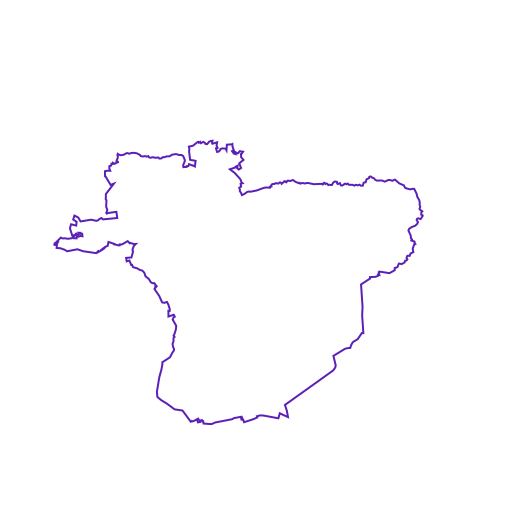 the district of Tuchin, Córdoba, Colombia, rotated 241°
{"feature_id": "7082276B64022238164064", "entity_name": "Tuchin", "entity_type": "district", "adm_level": 2, "iso_a3": "COL", "parent_name": "Colombia", "parent_adm1": "Córdoba", "projection": "albers", "projection_center": [-75.529, 9.219], "detail": "fine", "context": "isolated", "style": "outline", "palette": "violet", "viewbox_px": 512, "rotation_deg": 241, "n_neighbors": 0, "source": "geoboundaries", "source_scale": "gbopen_adm2", "svg_char_len": 6146}
<svg xmlns="http://www.w3.org/2000/svg" viewBox="0 0 512 512"><g transform="rotate(241 256 256)"><path d="M198.7,401.2L204.4,401.7L205.5,403.0L205.8,406.0L205.3,410.1L206.0,412.6L207.1,414.1L209.4,413.9L210.3,414.6L210.4,416.0L208.5,417.9L210.3,421.3L210.9,421.4L211.8,420.6L212.5,420.8L214.1,421.8L214.5,423.1L217.2,421.8L218.0,421.9L219.4,423.5L221.6,424.0L223.5,425.2L225.5,425.8L229.6,425.8L232.9,426.7L238.0,426.9L238.7,425.8L239.6,423.0L242.8,419.8L243.8,419.4L246.0,419.6L250.1,416.5L255.4,414.6L255.7,413.8L255.6,411.8L257.6,409.9L258.3,408.7L258.6,404.7L260.9,402.9L263.4,398.2L264.9,397.2L266.9,396.8L268.3,395.5L269.4,395.3L270.2,394.4L270.3,393.5L269.3,392.6L269.5,389.9L267.3,387.6L267.9,386.3L267.7,385.4L265.8,383.6L266.6,381.8L268.2,381.1L268.5,379.2L269.9,377.8L269.9,376.1L271.6,374.8L273.1,371.9L274.8,371.4L274.9,369.8L275.9,369.3L276.2,368.4L275.8,367.1L276.0,365.2L276.7,364.5L279.1,364.7L279.2,362.5L280.0,362.1L281.7,362.7L282.9,361.1L282.8,359.1L281.3,356.9L281.7,356.0L282.8,354.7L283.0,353.6L284.7,353.3L285.5,352.5L285.3,351.7L287.0,351.1L286.8,349.6L286.2,349.4L286.3,348.9L287.4,348.2L290.8,341.3L294.5,337.1L295.4,335.4L295.5,334.3L297.5,331.7L297.8,329.9L298.8,329.6L298.8,328.9L301.7,326.5L304.5,325.2L305.1,322.1L306.5,320.4L306.1,319.3L306.8,318.3L306.0,318.5L305.8,318.2L307.5,316.8L306.7,313.4L307.9,313.4L308.6,312.9L308.9,312.2L308.5,310.7L310.2,308.4L310.1,307.0L311.0,305.1L310.4,303.5L309.3,303.2L309.8,301.8L309.0,301.3L311.0,298.1L311.8,295.9L313.0,288.3L314.9,282.3L315.7,281.4L316.3,279.5L315.9,275.8L316.1,273.2L318.4,273.5L320.6,273.3L321.6,274.0L323.8,274.4L323.9,276.6L326.6,277.6L326.2,279.5L327.6,279.0L329.7,279.5L331.6,279.4L339.1,277.6L344.5,275.2L343.4,281.0L344.0,281.4L343.9,283.7L341.7,282.1L340.0,282.8L340.2,285.6L345.2,286.3L346.1,291.6L349.6,290.9L352.5,292.3L352.5,293.3L353.5,295.2L355.6,292.5L354.5,290.2L354.8,289.5L358.0,287.7L357.6,286.9L356.3,287.7L356.1,287.4L355.2,287.4L356.4,286.2L359.4,285.9L359.5,287.9L363.0,288.5L365.4,289.6L365.4,289.0L367.5,284.5L362.7,281.4L364.7,281.4L366.5,278.6L366.8,276.8L366.1,276.2L365.4,274.2L365.9,272.4L369.6,273.2L369.2,274.8L371.8,275.1L374.3,277.1L375.3,272.3L376.2,272.3L377.9,273.8L378.6,271.9L378.7,270.4L377.5,267.5L378.6,266.1L379.4,266.3L381.4,265.2L381.4,262.5L382.9,262.5L382.7,261.0L383.7,261.0L384.0,260.2L383.0,254.3L384.2,250.3L382.3,249.8L379.7,248.1L372.1,245.0L368.5,249.3L363.9,245.9L366.0,244.6L366.0,244.2L368.8,242.0L367.5,240.4L368.2,238.8L367.6,238.5L367.8,238.0L368.9,235.6L370.7,236.3L373.2,239.4L374.5,240.3L378.7,240.8L380.5,239.8L381.5,237.9L383.9,235.5L385.3,231.7L385.1,228.7L386.5,226.0L386.9,223.5L387.6,222.6L387.3,220.7L387.7,219.2L388.3,218.6L389.5,218.4L390.7,215.5L392.3,213.9L393.2,211.2L394.0,210.3L395.6,210.2L395.9,208.6L397.2,207.3L398.0,205.0L399.4,203.6L400.6,203.5L403.3,201.8L405.0,199.9L406.5,197.1L406.9,194.7L408.2,193.6L408.7,192.5L408.7,189.6L409.5,186.9L410.6,185.6L412.4,184.6L411.4,183.7L410.0,183.4L408.6,182.4L406.9,180.2L406.0,179.7L404.9,181.6L405.1,179.4L405.4,179.2L405.1,177.1L406.9,176.0L406.0,175.3L406.8,174.4L405.3,173.2L405.7,171.3L403.7,170.2L401.2,169.8L402.5,167.7L403.4,165.0L398.9,162.6L398.5,163.0L388.7,163.3L388.2,166.8L383.0,154.8L378.5,152.1L377.2,152.2L371.7,148.8L368.4,148.3L366.2,145.9L365.4,146.1L365.5,147.0L362.3,155.3L356.5,153.1L362.2,139.9L364.2,139.2L364.2,136.7L363.8,135.3L364.1,133.5L367.7,129.4L371.3,119.3L375.8,119.2L379.4,116.8L376.5,113.8L372.9,115.7L369.8,113.5L373.4,109.6L370.4,106.7L363.1,105.2L361.6,105.2L362.4,105.8L361.8,106.8L362.4,107.2L361.4,108.6L363.6,109.6L361.4,109.6L360.8,111.1L361.3,111.4L361.2,111.9L362.4,112.0L361.3,113.8L360.3,113.5L359.7,114.7L357.4,113.8L358.5,112.4L359.4,108.5L358.4,107.6L360.0,105.3L360.9,105.5L360.9,103.4L362.3,99.7L364.0,97.7L365.1,95.4L366.7,94.2L364.9,87.9L364.6,88.3L364.8,89.2L364.3,89.7L363.1,87.8L364.6,86.0L363.8,85.2L363.5,85.1L362.7,86.3L363.1,86.5L362.4,87.4L359.7,85.5L357.6,88.7L354.2,91.7L351.7,93.1L348.5,103.0L344.0,107.1L336.0,117.6L335.9,119.7L336.7,119.7L336.8,120.6L335.9,120.7L335.9,122.2L336.1,126.1L336.3,126.8L336.7,125.9L337.1,128.7L336.8,131.2L339.8,133.8L335.3,137.9L335.0,137.6L331.7,141.2L331.4,142.0L332.2,142.4L331.1,144.4L331.2,151.0L328.4,151.7L328.5,152.3L325.6,155.0L324.8,156.7L324.1,154.2L322.3,151.9L320.9,150.8L319.6,150.7L315.1,146.4L317.3,141.5L314.0,140.3L313.4,143.1L308.7,142.5L308.4,143.3L305.9,143.0L302.7,146.2L300.2,147.6L298.2,149.6L295.3,150.2L291.8,149.5L288.0,151.1L283.9,151.3L282.3,152.4L281.2,154.6L281.2,153.9L278.7,154.3L279.0,153.8L277.8,152.9L277.3,153.4L276.4,151.2L267.9,152.0L261.0,151.4L259.5,153.1L259.0,155.8L256.0,155.8L251.3,154.8L249.8,153.8L250.5,152.8L245.5,150.1L244.5,155.6L242.3,155.5L242.3,154.2L240.8,152.3L233.6,152.4L230.5,150.2L226.8,146.3L226.3,145.3L224.8,145.5L224.8,144.9L224.0,143.9L221.5,142.6L219.7,140.5L217.2,139.5L214.4,139.2L213.2,138.5L212.0,136.0L209.1,131.6L208.5,122.6L206.2,121.3L202.3,118.0L196.8,112.6L185.3,103.5L180.5,101.4L175.7,103.3L170.1,106.5L161.4,110.4L156.5,116.8L142.7,118.6L142.8,119.8L142.3,119.9L141.9,121.3L141.8,126.6L141.3,126.6L141.6,125.1L138.6,124.6L138.0,126.6L139.2,126.9L138.7,129.1L137.4,128.8L137.1,129.7L134.9,128.9L131.1,134.6L130.4,136.3L130.2,139.5L125.3,154.5L124.8,156.1L124.9,158.2L122.4,165.5L121.2,165.4L121.1,164.3L119.8,164.0L119.2,165.5L116.4,165.0L114.5,175.0L114.2,178.8L115.4,179.1L114.6,182.3L112.9,185.1L103.2,196.9L106.9,200.5L99.6,205.9L105.9,208.0L111.7,209.1L118.5,268.0L119.9,271.1L121.7,272.7L131.1,275.3L131.7,288.8L131.0,291.5L129.9,293.9L131.7,295.7L133.4,298.3L133.8,299.7L133.9,304.5L137.3,311.2L136.5,312.5L152.7,320.1L159.8,324.5L180.2,334.1L181.0,344.9L182.3,345.5L179.8,350.5L179.5,353.2L180.5,353.6L179.6,354.7L182.4,355.5L182.5,356.0L182.1,356.0L181.9,357.2L176.3,364.4L176.3,370.4L178.2,371.5L177.7,374.3L180.0,377.1L179.9,377.8L178.3,379.4L178.3,382.8L179.6,384.2L179.1,385.4L179.7,386.8L181.4,386.7L182.7,388.3L182.7,388.9L181.6,390.4L183.3,392.5L183.1,395.5L186.6,396.7L189.2,399.8L189.2,401.1L190.4,400.8L191.3,401.6L192.0,401.5L194.2,399.4L194.9,400.5L196.4,400.1L198.7,401.2Z" fill="none" stroke="#5b21b6" stroke-width="2"/></g></svg>